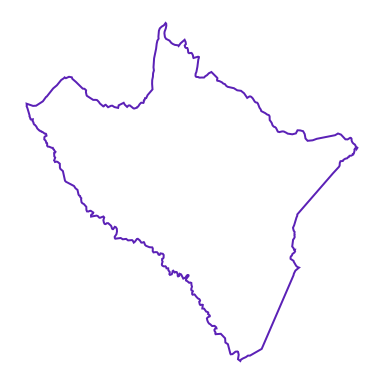 Mwenezi, Masvingo, Zimbabwe
{"feature_id": "62879985B12430304395671", "entity_name": "Mwenezi", "entity_type": "district", "adm_level": 2, "iso_a3": "ZWE", "parent_name": "Zimbabwe", "parent_adm1": "Masvingo", "projection": "equal_earth", "projection_center": [30.689, -21.398], "detail": "fine", "context": "isolated", "style": "outline", "palette": "violet", "viewbox_px": 384, "rotation_deg": 0, "n_neighbors": 0, "source": "geoboundaries", "source_scale": "gbopen_adm2", "svg_char_len": 5894}
<svg xmlns="http://www.w3.org/2000/svg" viewBox="0 0 384 384"><path d="M240.3,361.0L241.0,359.6L243.0,358.4L245.9,357.1L248.0,355.6L250.0,355.6L261.7,348.9L293.5,275.3L293.9,273.6L295.4,270.6L299.0,267.6L297.5,267.0L296.2,265.9L293.8,261.8L293.5,260.8L290.6,258.9L290.5,257.9L290.8,256.5L291.9,255.5L292.4,254.0L294.5,252.4L295.1,251.2L294.7,250.5L295.0,249.7L294.0,249.7L293.8,248.6L292.2,246.5L293.1,239.7L294.1,238.4L294.7,237.0L294.4,235.4L294.7,234.8L294.4,234.1L294.6,231.9L293.7,230.7L293.0,227.8L294.2,225.1L296.5,217.4L297.2,215.9L297.3,214.4L332.9,173.4L338.9,166.9L339.6,165.7L339.8,162.8L340.5,161.2L342.8,161.0L343.4,159.9L345.3,158.7L347.1,158.3L348.1,157.2L348.7,157.1L349.5,155.8L351.4,155.6L353.1,154.6L352.9,153.9L353.8,153.5L354.6,150.6L354.4,149.7L355.0,148.5L356.1,148.1L356.4,148.8L356.6,148.3L356.9,148.6L357.4,147.8L355.8,146.5L355.4,145.4L354.7,144.4L353.7,143.8L352.6,142.7L351.9,141.4L351.5,140.0L351.6,139.0L351.1,138.1L350.2,137.8L347.6,139.4L345.4,139.3L341.0,134.6L338.0,133.5L335.1,135.2L316.8,138.8L312.7,140.3L307.6,140.8L305.5,138.5L304.7,134.1L303.1,131.2L300.1,130.4L297.5,130.3L295.9,133.4L292.3,134.3L287.6,133.6L286.6,132.9L283.8,131.5L282.2,131.4L279.3,132.1L277.8,131.6L276.1,128.1L275.2,127.2L273.7,126.6L272.6,125.4L271.6,122.7L269.7,120.0L269.6,116.5L269.3,115.7L268.8,115.1L267.1,114.5L265.2,113.1L261.3,111.1L260.7,109.4L259.5,107.7L257.9,103.6L257.2,102.7L255.8,102.4L254.8,101.7L252.7,98.3L251.2,96.8L250.2,96.4L249.4,96.5L247.2,97.9L244.1,93.3L241.0,90.8L237.2,90.3L233.9,88.2L227.6,86.8L226.2,85.8L225.0,84.2L223.2,83.5L221.9,82.3L219.4,81.1L217.3,80.7L217.0,79.9L217.4,78.5L217.3,77.9L211.4,72.0L208.8,73.3L207.1,75.1L205.2,76.3L204.1,77.5L199.2,77.6L198.5,77.1L196.3,76.9L195.8,76.5L195.5,75.8L195.6,73.8L196.4,71.9L197.4,66.8L198.3,59.6L198.9,57.7L198.9,57.0L198.1,56.7L193.5,58.0L193.3,57.6L192.9,55.3L191.9,53.3L191.2,52.9L189.1,53.2L188.3,52.6L187.8,49.2L187.3,48.0L185.9,47.9L185.2,47.3L184.7,45.5L185.9,44.1L185.6,42.0L184.6,39.8L180.6,43.3L178.6,46.0L178.1,45.3L174.9,44.9L172.7,43.9L171.2,42.8L169.5,40.6L166.0,38.8L164.9,36.9L164.4,33.3L164.6,31.6L165.8,28.4L166.3,25.8L166.2,23.7L165.6,23.0L163.9,25.3L161.7,26.6L159.8,28.4L158.9,30.8L158.4,36.9L158.6,38.7L157.4,40.6L156.7,43.7L156.1,48.7L154.1,58.3L153.5,67.3L153.9,70.5L153.1,73.2L152.9,76.8L152.2,80.1L152.1,83.8L152.5,89.4L147.6,95.1L146.2,98.1L145.0,98.2L144.7,99.7L144.2,99.9L143.8,100.5L143.9,101.7L143.4,102.9L141.2,102.7L140.7,103.1L139.6,104.3L138.1,106.6L137.0,107.2L136.9,107.7L134.4,108.5L133.5,108.4L129.8,105.4L128.5,105.5L127.1,106.9L124.8,104.7L123.7,102.8L118.7,105.3L118.1,107.9L114.5,107.1L112.3,105.7L111.0,105.8L108.1,107.2L105.7,104.8L104.5,105.3L103.9,106.2L103.3,106.4L99.8,103.4L99.0,102.1L97.2,100.2L96.1,99.9L93.2,99.9L87.0,95.9L86.6,95.3L85.9,92.2L86.1,90.3L84.5,88.8L82.7,88.6L75.9,81.9L72.4,78.9L71.8,77.3L69.0,76.8L65.9,78.2L64.6,77.4L63.9,78.2L61.2,80.0L56.9,85.3L53.2,88.4L46.8,96.5L46.0,97.0L42.9,101.3L36.1,105.7L33.0,105.9L26.6,103.7L26.8,105.6L26.6,106.1L27.5,108.4L29.6,115.6L29.5,116.5L30.0,117.3L30.4,118.9L30.8,119.0L31.2,119.7L32.8,119.3L32.7,121.4L33.5,122.4L33.6,123.6L34.3,124.6L34.8,124.8L36.3,126.5L37.3,128.5L39.1,130.3L39.5,130.3L40.2,131.1L41.1,131.2L41.6,131.9L42.4,131.9L44.8,133.7L45.7,133.7L46.1,134.0L46.5,135.7L45.0,136.5L44.4,137.2L44.3,139.4L45.6,140.6L46.3,142.8L46.7,142.7L46.9,142.9L47.2,143.8L47.1,145.7L47.9,146.6L49.1,146.7L52.0,147.9L52.8,147.9L53.1,148.9L54.0,149.6L54.3,150.6L55.5,151.8L55.2,152.5L54.1,153.0L54.3,156.4L55.2,157.6L54.1,160.5L54.6,161.0L55.0,162.0L56.7,161.6L57.6,161.9L59.8,163.7L59.9,167.6L60.3,168.8L62.9,171.1L65.0,180.7L66.0,181.8L74.0,186.0L75.5,188.3L77.5,189.9L78.5,194.5L79.0,195.4L80.1,196.0L80.3,197.1L81.3,198.2L81.1,199.3L81.5,202.1L82.3,203.2L83.8,204.0L86.3,206.8L86.4,209.9L87.0,211.4L88.5,211.5L89.7,210.9L90.7,210.8L93.3,212.5L93.0,213.5L91.3,214.7L91.0,215.4L91.1,216.6L96.5,215.6L97.7,216.0L99.1,217.5L99.9,217.8L103.4,216.5L104.2,217.4L103.4,220.2L103.9,222.6L104.6,223.9L105.6,224.1L106.8,223.2L108.2,223.2L110.9,225.6L111.4,226.5L112.0,228.6L112.6,229.1L113.2,229.1L114.8,226.8L115.8,227.2L116.8,228.7L117.0,231.4L116.4,234.3L114.7,236.7L114.8,238.0L115.3,238.7L120.7,238.0L122.8,239.3L126.1,238.9L128.1,240.4L132.0,240.1L132.7,240.6L133.8,242.6L134.9,241.7L136.9,239.0L137.8,238.8L139.7,240.3L141.3,242.6L142.5,242.6L143.8,242.1L144.2,242.6L145.0,244.8L146.0,245.8L149.4,247.2L152.3,247.4L152.8,248.5L152.7,251.1L153.5,252.4L155.5,252.1L157.0,252.2L158.0,253.3L158.4,254.5L159.2,254.9L159.7,254.8L160.5,253.4L162.8,253.8L163.7,255.0L163.6,257.5L163.2,258.4L162.2,258.8L162.1,259.3L162.1,260.6L162.6,261.6L161.9,263.9L161.9,264.8L162.2,265.5L162.9,266.0L163.9,266.4L165.5,266.3L166.1,267.0L166.5,268.3L168.2,268.3L168.4,270.3L169.8,272.1L169.4,274.2L170.0,274.9L171.7,274.3L172.4,272.7L172.6,271.2L173.2,270.7L174.8,272.5L175.7,271.9L176.7,272.1L177.7,274.2L177.7,275.9L178.1,276.4L179.2,275.9L179.7,273.8L181.1,274.4L183.3,278.6L185.4,277.6L186.8,275.6L187.6,275.0L188.4,275.1L188.6,275.8L186.4,278.7L185.9,279.9L186.0,280.5L187.3,281.2L189.2,282.8L190.1,282.5L191.3,282.9L191.5,285.1L192.0,286.6L191.2,289.1L191.3,289.9L191.5,290.4L192.5,290.7L192.9,291.3L192.1,292.8L192.2,294.2L192.6,294.7L194.4,294.4L194.8,294.7L196.2,296.6L197.9,298.4L199.3,299.1L200.1,300.4L199.9,301.1L199.2,301.8L199.7,304.2L200.3,305.0L202.2,304.7L202.8,304.9L202.3,308.5L204.1,308.7L206.2,311.6L207.6,312.0L208.2,312.5L208.3,313.0L208.0,314.0L209.5,315.2L209.9,316.0L209.6,316.5L208.6,316.8L207.3,317.8L206.9,318.5L207.4,320.6L208.2,322.4L209.2,323.7L210.2,324.2L212.1,326.0L214.6,325.9L216.2,327.3L216.5,328.4L215.2,328.6L214.4,329.9L214.6,331.0L215.5,332.4L215.3,333.6L215.6,334.2L220.8,333.8L225.1,338.3L225.4,342.5L227.9,344.2L230.3,353.5L230.7,354.3L232.5,354.1L235.5,351.7L237.4,351.5L238.0,351.8L238.7,354.7L238.0,359.2L240.3,361.0Z" fill="none" stroke="#5b21b6" stroke-width="2"/></svg>